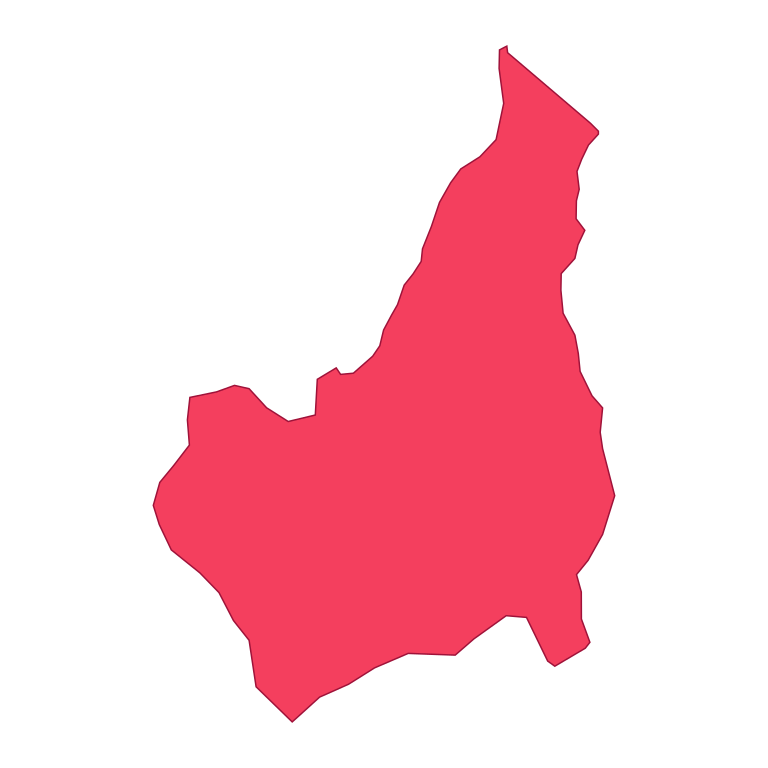 Trimiklini, Limassol, Cyprus (Equal Earth projection)
{"feature_id": "46923920B95743207608063", "entity_name": "Trimiklini", "entity_type": "district", "adm_level": 2, "iso_a3": "CYP", "parent_name": "Cyprus", "parent_adm1": "Limassol", "projection": "equal_earth", "projection_center": [32.914, 34.854], "detail": "fine", "context": "isolated", "style": "filled", "palette": "rose", "viewbox_px": 768, "rotation_deg": 0, "n_neighbors": 0, "source": "geoboundaries", "source_scale": "gbopen_adm2", "svg_char_len": 1183}
<svg xmlns="http://www.w3.org/2000/svg" viewBox="0 0 768 768"><path d="M506.8,46.1L499.5,49.9L499.1,68.5L503.7,103.4L496.1,139.6L479.9,156.8L460.8,168.9L450.6,182.8L439.5,202.4L431.4,226.5L422.5,248.8L421.2,261.4L413.1,273.9L404.2,285.1L397.5,304.7L391.5,315.2L383.6,330.0L379.8,345.8L372.7,356.2L353.4,373.2L340.6,374.4L336.2,367.9L317.3,379.3L315.3,415.0L288.2,421.5L266.6,407.8L249.1,388.7L234.5,385.4L216.5,391.9L189.9,397.4L187.4,419.9L189.4,445.1L173.8,465.4L160.2,481.9L159.8,482.4L153.3,505.4L159.3,524.6L168.2,543.3L171.3,549.9L199.9,572.9L219.0,592.6L233.5,620.6L249.1,640.3L256.1,686.8L292.2,721.9L296.0,718.5L319.6,697.1L348.6,684.2L374.5,667.9L408.2,653.4L455.2,655.1L474.0,638.8L506.2,615.7L526.5,617.4L547.7,661.1L554.8,666.2L585.3,648.2L589.9,642.3L581.4,619.0L581.3,592.0L576.5,574.6L588.1,560.3L602.6,534.4L614.7,495.7L602.6,448.7L600.2,432.3L602.6,407.9L592.0,395.8L580.1,371.4L578.3,353.5L574.9,335.2L563.1,313.2L560.9,290.2L561.2,273.6L574.9,258.4L578.0,244.8L584.8,230.3L576.1,218.8L576.4,200.8L579.2,189.3L577.0,171.4L581.7,159.2L588.5,145.0L598.4,134.1L598.4,131.2L590.5,123.3L507.6,52.7L506.8,46.1Z" fill="#f43f5e" stroke="#9f1239" stroke-width="1.5"/></svg>